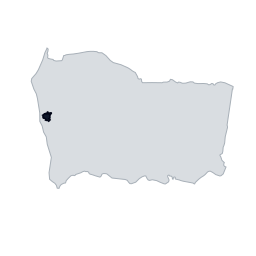 Ajumako-enyan-essiam, Central, Ghana shown in context, rotated 99°
{"feature_id": "2480657B3117094904377", "entity_name": "Ajumako-enyan-essiam", "entity_type": "district", "adm_level": 2, "iso_a3": "GHA", "parent_name": "Ghana", "parent_adm1": "Central", "projection": "mercator", "projection_center": [-1.0, 5.413], "detail": "fine", "context": "in_parent", "style": "filled", "palette": "ink", "viewbox_px": 256, "rotation_deg": 99, "n_neighbors": 0, "source": "geoboundaries", "source_scale": "gbopen_adm2", "svg_char_len": 4772}
<svg xmlns="http://www.w3.org/2000/svg" viewBox="0 0 256 256"><g transform="rotate(99 128 128)"><path d="M158.5,26.8L160.6,28.7L161.0,29.8L160.3,34.0L158.8,37.0L157.8,39.7L158.0,41.1L158.9,42.5L162.0,44.6L163.5,46.0L165.4,48.2L167.6,50.2L171.3,53.0L172.8,53.4L172.7,54.2L172.2,55.2L171.9,65.3L171.6,67.9L171.3,69.2L171.0,73.0L170.6,73.5L169.9,73.4L169.3,73.6L169.1,74.3L169.4,75.1L171.6,75.6L171.1,76.2L169.5,76.7L168.7,77.9L169.0,79.1L168.1,80.2L168.4,80.9L169.0,81.4L169.9,81.2L172.5,79.5L173.6,79.3L174.9,79.6L177.4,82.3L177.5,83.6L176.5,88.0L175.5,91.4L175.3,95.9L176.4,98.5L176.2,99.9L175.1,101.1L172.6,102.9L172.7,104.1L173.9,106.3L176.1,108.8L180.3,111.9L182.5,115.9L182.6,117.5L181.3,119.1L179.8,120.5L179.3,122.6L179.9,136.0L176.6,141.8L176.6,143.5L176.9,145.4L177.8,146.6L179.5,146.9L180.9,148.0L180.4,152.1L179.7,156.2L179.5,158.3L179.1,159.2L177.8,160.0L177.3,161.3L177.7,162.9L177.4,164.1L178.1,165.7L179.6,167.6L182.1,172.4L183.0,172.8L183.5,173.8L183.2,174.8L184.1,176.9L186.9,179.0L189.7,180.8L192.0,181.1L192.6,182.8L194.1,184.9L195.2,185.8L196.9,186.4L198.4,186.7L198.5,188.5L195.9,189.7L194.1,191.5L192.8,194.3L190.9,197.4L184.5,199.0L182.1,199.0L169.0,199.1L156.7,205.2L149.6,207.3L145.3,210.7L139.4,213.1L135.3,216.1L126.9,217.5L112.9,222.1L108.6,223.9L104.2,227.1L97.0,230.9L94.2,230.8L88.6,227.3L84.4,225.6L74.1,222.9L66.4,221.8L62.7,220.7L61.7,220.5L62.5,219.2L64.7,219.1L66.9,219.5L68.6,218.5L71.2,218.4L71.8,217.4L72.0,214.9L72.0,212.8L72.9,211.9L73.1,209.5L71.9,204.1L71.0,203.5L66.5,202.8L66.2,201.7L65.4,200.6L64.5,197.8L63.5,193.7L61.9,188.6L58.9,180.2L58.2,177.2L57.7,174.2L57.5,170.6L58.2,169.2L58.1,167.4L57.8,165.5L59.9,161.2L64.1,156.0L65.0,154.1L65.7,152.8L65.9,150.9L66.6,144.8L68.6,137.4L69.8,134.6L70.7,133.1L71.7,130.6L72.0,129.5L75.8,126.6L77.6,125.8L78.0,124.6L77.4,123.4L77.6,122.5L78.6,122.1L80.0,121.8L81.0,120.6L79.4,111.4L78.1,102.3L78.0,101.5L77.2,100.3L76.5,96.5L75.2,94.3L73.3,93.7L73.4,91.6L75.2,88.1L75.7,86.0L74.8,85.4L74.7,83.8L75.3,81.2L75.0,79.6L74.6,77.9L72.7,73.9L72.3,71.1L73.3,69.4L73.2,65.8L72.2,60.2L72.0,56.6L72.7,55.2L72.4,53.8L71.0,52.4L70.9,51.1L72.1,49.9L71.9,48.9L70.5,48.2L69.2,46.5L68.0,43.7L68.2,39.3L70.4,31.3L70.7,30.6L73.2,30.6L73.2,31.0L80.9,30.9L89.7,30.8L100.3,30.7L109.8,30.6L110.3,30.2L111.8,29.8L121.5,30.6L127.6,30.2L130.1,30.5L132.0,31.0L136.2,30.7L138.4,30.9L140.1,32.9L140.8,32.9L141.7,32.0L143.4,31.1L145.1,30.3L146.3,28.7L147.0,27.5L148.1,27.7L149.7,27.7L150.8,26.7L151.2,25.1L158.5,26.8Z" fill="#d9dde1" stroke="#a8b0b8" stroke-width="1"/><path d="M128.8,214.1L129.0,214.0L129.1,213.9L129.3,213.7L129.4,213.8L129.5,213.8L129.8,213.8L130.0,213.8L130.1,213.7L130.1,213.8L130.3,213.8L130.5,213.7L131.1,213.5L131.1,213.3L131.0,213.2L131.3,212.9L131.5,212.9L131.6,212.7L131.6,212.4L131.6,212.2L131.6,211.9L131.5,211.7L131.4,211.5L131.4,211.4L131.5,211.3L131.7,211.2L131.8,211.2L132.0,211.1L132.1,210.6L132.4,210.4L132.5,210.2L132.8,210.4L132.8,210.5L133.1,210.6L133.1,210.4L133.2,210.2L133.0,209.9L133.1,209.7L133.2,209.4L133.3,209.2L133.2,209.0L133.2,208.9L133.2,208.7L133.2,208.4L133.1,208.2L133.3,207.8L133.4,207.7L133.5,207.6L133.7,207.4L133.5,207.2L133.3,207.1L133.2,206.9L132.9,206.8L132.7,206.6L132.4,206.4L132.2,206.3L132.1,206.2L132.0,206.3L131.9,206.4L131.9,206.5L131.7,206.7L131.7,206.8L131.5,207.0L131.4,207.2L131.3,207.3L131.3,207.2L131.2,207.2L130.9,207.0L130.7,206.9L130.4,206.7L130.2,206.7L129.9,206.7L129.8,206.8L129.8,207.0L129.7,207.0L129.4,207.0L129.1,207.0L129.0,206.9L128.9,206.9L128.8,207.0L128.6,207.1L128.4,207.2L128.2,207.2L127.9,207.1L127.7,207.0L127.5,207.3L127.4,207.3L127.2,207.2L127.1,206.9L126.9,206.8L126.7,206.8L126.4,207.1L126.2,207.0L126.2,206.8L126.1,206.7L126.1,206.4L126.0,206.2L125.9,206.1L125.6,206.3L125.4,206.2L125.2,206.1L125.0,206.3L125.0,206.5L125.2,207.0L125.3,207.1L125.6,207.3L125.7,207.5L125.9,207.6L126.0,207.8L126.1,208.1L126.2,208.3L126.3,208.4L126.5,208.3L126.7,208.5L126.8,208.8L126.7,208.9L126.6,208.7L126.6,208.4L126.4,208.5L126.4,208.4L126.3,208.5L126.3,208.4L126.3,208.5L126.2,208.5L126.1,208.4L126.1,208.2L125.9,208.2L125.7,208.3L125.8,208.4L125.7,208.4L125.7,208.5L125.7,209.1L125.8,209.2L125.6,209.2L125.4,209.3L125.1,209.4L125.1,209.5L124.9,209.5L124.8,209.8L124.8,210.0L125.0,210.0L125.1,209.9L125.2,210.0L125.3,210.0L125.5,210.1L125.8,210.2L125.8,210.3L126.0,210.4L125.9,210.5L126.0,210.6L126.2,210.8L126.3,210.8L126.3,211.0L126.2,211.1L126.3,211.4L126.5,211.5L126.8,211.6L126.9,211.8L127.0,211.7L127.0,211.8L127.1,212.1L127.0,212.3L126.9,212.4L126.9,212.5L127.0,212.7L127.0,212.8L127.3,213.0L127.5,213.0L127.8,213.1L127.9,213.3L128.0,213.5L128.3,213.7L128.4,213.8L128.4,213.7L128.4,213.8L128.4,213.7L128.4,213.8L128.5,213.9L128.6,214.0L128.8,214.0L128.8,214.1Z" fill="#0f172a" stroke="#020617" stroke-width="1.5"/></g></svg>